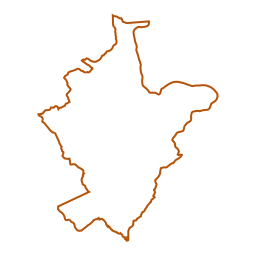 Costa Rica, Mato Grosso do Sul, Brazil (Albers equal-area conic projection)
{"feature_id": "56859067B26406840873489", "entity_name": "Costa Rica", "entity_type": "district", "adm_level": 2, "iso_a3": "BRA", "parent_name": "Brazil", "parent_adm1": "Mato Grosso do Sul", "projection": "albers", "projection_center": [-53.227, -18.497], "detail": "fine", "context": "isolated", "style": "outline", "palette": "amber", "viewbox_px": 256, "rotation_deg": 0, "n_neighbors": 0, "source": "geoboundaries", "source_scale": "gbopen_adm2", "svg_char_len": 5709}
<svg xmlns="http://www.w3.org/2000/svg" viewBox="0 0 256 256"><path d="M38.5,114.2L38.6,115.2L40.0,116.1L41.2,116.5L42.2,117.6L42.7,118.6L42.6,120.0L42.3,121.6L42.7,122.1L44.0,122.7L50.3,130.4L51.0,131.0L51.6,131.8L52.3,132.3L53.9,132.5L55.3,133.5L59.1,141.9L59.2,142.6L59.6,143.7L60.4,144.7L60.6,145.5L61.6,146.6L61.3,147.3L61.2,148.2L61.9,150.0L62.0,151.0L62.5,151.6L63.4,152.1L63.4,153.1L62.4,156.1L64.6,158.4L67.8,158.9L69.5,158.7L70.4,164.3L71.2,164.6L73.1,164.2L73.8,164.2L74.8,164.3L75.9,165.0L78.3,167.4L79.3,167.7L79.9,168.0L80.5,168.5L81.2,168.8L82.7,169.8L83.4,170.5L83.3,172.7L84.0,173.6L83.2,174.0L82.8,175.0L83.2,176.1L82.2,177.7L81.5,179.9L81.6,180.6L82.5,183.3L82.5,184.0L83.0,184.5L84.9,185.7L85.4,186.3L85.5,187.4L85.9,188.4L87.0,189.3L87.2,190.2L88.1,191.2L89.1,191.9L58.2,206.4L58.0,209.2L58.7,209.9L59.8,211.4L61.3,212.3L62.7,213.6L63.7,214.9L64.6,217.0L65.0,218.8L65.4,219.6L66.0,220.0L66.8,220.1L68.8,219.7L69.5,219.9L70.1,220.4L71.3,221.9L71.9,222.2L73.0,222.6L73.6,223.1L74.3,224.3L75.0,227.2L76.2,229.0L77.2,230.1L78.2,230.6L79.2,230.8L80.4,230.6L81.3,230.7L88.5,224.9L89.4,224.5L89.9,224.1L90.6,223.3L91.2,222.9L92.7,221.6L93.5,220.3L95.9,219.2L97.2,219.1L98.0,218.4L98.7,218.0L99.4,219.6L101.2,218.8L102.2,218.9L103.0,219.7L103.9,220.3L105.3,222.0L105.8,222.8L106.3,224.6L106.8,225.5L107.9,226.8L108.2,226.0L108.8,226.5L109.5,226.8L110.9,229.2L111.8,229.5L112.5,230.7L113.4,230.9L114.2,231.4L115.0,231.7L115.8,231.8L116.6,232.6L117.4,232.5L118.1,233.2L119.1,233.7L120.0,233.7L120.5,233.2L121.0,234.0L121.8,234.3L122.4,235.0L122.6,236.4L123.1,236.7L124.1,237.4L124.9,237.3L125.7,237.5L126.5,237.4L126.1,238.8L125.3,239.2L126.2,239.9L127.0,240.0L127.0,240.6L127.7,240.5L128.3,240.0L128.3,230.8L128.8,230.0L129.4,228.2L130.6,227.2L132.5,226.1L133.1,224.8L133.5,220.9L134.4,220.5L135.5,220.6L136.4,220.2L136.9,218.9L140.1,216.7L140.9,216.3L141.1,214.8L142.4,212.2L143.5,211.7L144.3,211.1L145.0,209.5L146.9,206.9L147.3,206.0L147.8,205.2L148.3,204.8L148.9,203.9L149.6,203.2L150.1,202.4L150.9,202.0L151.4,200.0L152.6,198.9L153.3,198.6L153.9,197.8L154.6,197.3L154.1,196.5L153.3,196.0L153.5,195.4L153.8,194.7L154.4,194.2L154.6,193.4L154.9,192.9L155.1,192.1L154.1,190.2L154.1,189.5L154.8,189.2L155.2,188.6L155.3,187.8L155.8,187.1L156.5,184.6L156.4,183.8L155.8,183.0L155.4,181.8L155.3,179.9L156.4,179.0L156.8,178.4L158.5,176.7L159.7,174.6L160.0,173.6L160.6,169.1L161.0,168.1L163.3,167.5L164.4,167.3L165.4,167.5L166.2,167.4L166.9,167.1L170.8,164.0L172.5,163.1L173.4,163.1L175.0,160.8L175.9,160.0L179.0,158.1L180.9,156.6L181.3,156.0L181.8,154.9L180.8,154.6L178.5,155.0L177.7,154.6L179.0,151.5L178.2,149.8L177.4,148.5L175.9,147.5L175.2,146.3L175.0,144.4L174.8,143.1L173.9,141.9L173.0,141.1L172.3,140.2L172.9,138.1L174.5,136.5L176.6,133.3L177.2,132.6L178.4,132.2L179.9,131.9L182.2,131.2L183.1,130.8L183.7,129.8L184.4,126.5L185.1,125.4L186.7,123.4L187.8,122.6L190.5,121.0L191.0,119.8L191.2,118.6L191.1,116.7L191.1,115.6L191.8,112.6L192.6,111.8L194.5,111.3L197.2,110.8L200.0,111.2L202.4,110.3L206.9,109.8L208.1,109.5L208.7,109.2L209.6,108.2L211.1,104.2L211.5,103.5L212.0,103.1L215.0,101.2L215.5,100.7L216.7,99.2L217.4,97.3L217.5,96.2L217.4,94.4L217.3,93.7L216.2,92.2L213.7,89.3L211.2,87.5L210.0,86.8L207.3,85.8L205.4,85.3L202.4,85.2L199.3,85.5L196.1,85.5L192.2,86.1L185.9,84.0L183.5,83.0L180.3,82.4L178.9,81.9L176.2,81.8L174.8,81.9L172.4,82.4L169.3,83.8L168.3,84.4L165.3,86.4L163.7,87.8L161.6,88.8L161.1,89.9L160.6,92.1L160.2,93.3L159.5,94.2L158.5,94.5L157.7,94.1L157.1,93.6L155.0,92.7L153.4,92.8L152.4,92.6L150.6,92.8L149.3,92.4L148.4,90.8L146.6,88.8L143.0,85.8L142.7,85.1L142.3,83.3L142.1,80.8L142.3,79.0L142.5,77.6L142.5,76.3L141.3,73.4L141.0,72.3L140.7,70.7L140.5,67.8L140.5,66.7L140.8,65.1L140.7,64.1L138.8,58.5L137.9,54.9L136.4,50.6L136.3,49.6L136.7,47.3L136.6,45.5L135.8,43.4L134.9,40.8L134.8,39.6L134.0,35.7L133.5,32.7L133.6,31.6L134.3,30.0L135.1,29.0L136.4,28.0L137.8,27.1L138.9,26.9L139.6,26.9L140.8,27.2L142.3,27.1L145.3,26.7L146.9,26.2L147.6,25.8L148.3,25.3L148.8,24.0L149.1,22.1L148.9,21.4L126.6,23.1L125.2,22.5L123.2,21.9L122.2,20.4L122.0,19.3L121.2,18.2L120.2,18.5L118.2,17.5L117.2,16.7L114.2,16.1L113.6,15.9L112.8,15.4L113.1,25.1L113.5,26.0L115.3,28.6L115.5,29.5L115.2,31.1L115.2,31.9L115.5,32.7L115.6,35.3L116.0,36.9L115.8,38.8L116.2,39.6L116.6,41.8L116.5,42.8L115.9,43.8L115.3,44.5L113.9,45.1L113.5,45.6L113.1,46.5L112.2,48.4L111.6,49.1L110.9,49.8L110.0,50.5L109.3,50.8L107.1,51.3L106.5,51.9L106.0,52.9L105.5,53.5L104.8,53.7L103.7,55.3L102.8,55.4L102.0,55.8L101.8,56.5L100.7,58.5L100.1,59.2L99.0,60.1L98.1,60.5L96.0,61.7L95.1,61.8L93.2,61.7L91.4,60.9L90.8,60.8L90.0,60.3L89.1,59.5L88.2,58.9L87.6,58.6L86.8,58.4L86.0,58.9L85.3,59.7L83.4,59.5L82.7,59.9L81.9,60.5L82.7,61.5L83.6,61.8L85.4,63.3L86.8,64.1L87.6,64.8L88.4,65.0L89.3,65.5L90.3,66.7L91.2,67.4L92.2,67.8L92.5,68.5L89.5,72.0L88.6,72.4L87.7,72.0L87.1,72.3L85.9,72.4L84.8,72.3L83.9,72.0L82.9,71.0L81.7,70.8L80.8,70.5L79.4,69.1L78.3,68.8L77.2,68.9L75.2,70.0L74.3,70.2L73.7,70.5L72.8,70.8L70.9,71.2L70.2,71.7L69.0,72.0L68.6,72.5L68.0,73.0L67.8,73.6L67.8,74.3L67.2,74.8L66.0,75.5L65.3,75.8L64.6,76.8L64.1,77.8L64.6,78.3L66.1,80.0L66.5,80.6L66.7,81.3L67.4,82.8L67.6,83.7L67.2,84.3L67.5,85.1L68.7,86.9L70.5,88.8L70.6,89.6L70.2,90.5L66.7,94.3L66.7,95.1L67.2,96.2L67.8,97.0L68.1,97.7L68.2,98.7L68.7,99.7L69.6,101.9L68.3,102.6L67.5,103.3L66.0,103.6L65.5,104.4L64.8,105.8L62.6,106.8L61.3,107.6L60.3,107.7L59.1,108.0L58.4,109.1L58.1,108.2L57.6,107.0L57.1,106.5L55.7,106.1L54.9,106.5L54.2,107.3L53.6,107.7L52.0,107.5L50.9,107.6L50.3,109.3L49.7,109.7L48.7,110.0L45.9,110.2L45.0,110.6L44.5,111.4L43.3,112.4L43.1,113.3L42.5,113.6L41.7,113.6L41.1,114.1L40.4,113.9L39.6,114.2L38.5,114.2Z" fill="none" stroke="#b45309" stroke-width="2"/></svg>